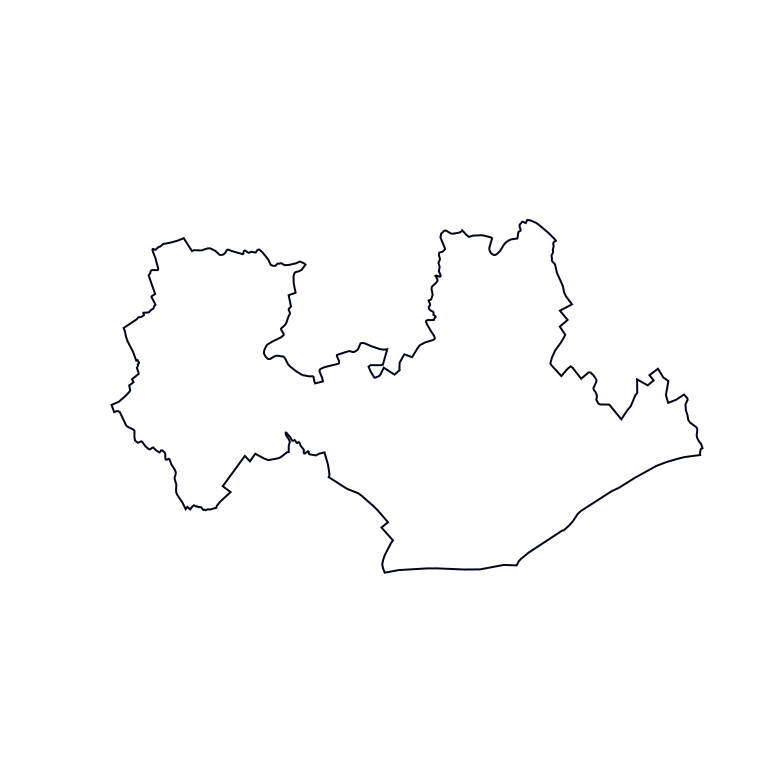 outline of Cho Gao, Tiền Giang, Vietnam, rotated 323°
{"feature_id": "81297802B70172971551103", "entity_name": "Cho Gao", "entity_type": "district", "adm_level": 2, "iso_a3": "VNM", "parent_name": "Vietnam", "parent_adm1": "Tiền Giang", "projection": "robinson", "projection_center": [106.446, 10.395], "detail": "fine", "context": "isolated", "style": "outline", "palette": "ink", "viewbox_px": 768, "rotation_deg": 323, "n_neighbors": 0, "source": "geoboundaries", "source_scale": "gbopen_adm2", "svg_char_len": 6166}
<svg xmlns="http://www.w3.org/2000/svg" viewBox="0 0 768 768"><g transform="rotate(323 384 384)"><path d="M439.3,609.0L447.1,608.4L452.6,607.2L460.2,604.4L464.8,603.9L501.3,606.6L509.3,608.3L527.1,609.8L552.1,613.3L562.4,616.3L572.9,620.2L579.8,623.1L593.8,631.0L595.1,629.0L597.7,626.7L599.8,626.9L601.1,622.8L601.1,618.6L601.6,615.8L602.7,613.3L606.3,609.6L607.4,607.6L607.2,605.6L605.2,599.1L605.4,595.7L607.6,591.5L609.3,586.7L612.0,582.4L613.1,581.3L616.8,579.5L617.7,578.1L617.3,573.0L607.8,572.4L599.6,570.1L602.1,563.4L603.2,561.8L612.9,552.8L611.0,546.8L612.0,536.7L601.3,536.7L601.5,543.4L593.8,543.8L588.9,532.6L580.9,543.5L578.2,544.1L567.8,550.2L562.3,551.5L552.3,555.0L551.5,536.0L544.3,530.4L543.4,528.3L544.1,524.3L546.2,522.5L547.5,520.4L548.1,517.4L548.0,515.0L548.8,513.3L554.9,510.0L556.2,508.4L556.5,503.3L555.9,499.3L555.4,498.5L554.0,497.9L544.6,498.4L544.4,484.6L543.6,482.2L539.3,482.4L530.4,484.4L529.0,470.0L529.1,467.8L534.3,463.8L540.9,460.2L550.1,457.4L554.9,455.5L558.4,453.7L558.9,444.0L569.2,443.3L568.6,431.3L582.1,433.5L582.1,423.3L583.0,419.1L585.7,413.7L589.1,399.1L592.6,391.3L592.2,387.2L592.6,386.0L593.7,384.9L594.9,382.4L598.2,380.6L599.7,378.3L602.3,376.2L603.7,373.6L605.2,372.8L607.4,373.1L607.5,371.1L606.3,362.4L603.4,349.7L602.2,346.3L599.4,341.5L597.2,339.2L594.1,340.8L592.2,337.6L588.3,338.4L586.8,340.2L586.1,342.8L585.4,343.7L582.8,343.5L578.1,348.1L572.8,345.1L570.0,344.4L566.6,344.3L563.9,344.8L556.8,347.6L552.1,348.2L550.1,347.7L549.2,346.8L548.1,343.9L548.9,340.2L550.1,338.6L558.0,332.7L558.0,331.8L553.0,325.4L551.3,323.8L544.3,319.0L540.4,317.7L539.5,314.3L539.0,308.3L537.9,308.8L536.1,308.6L533.7,307.7L528.9,305.1L527.5,303.1L526.1,299.1L524.9,298.1L523.9,297.9L520.0,298.4L517.3,300.9L514.4,312.0L513.8,313.1L510.6,313.6L507.2,312.4L506.3,313.1L505.2,314.6L503.9,318.0L500.4,320.0L498.9,324.0L495.7,326.9L494.7,331.2L494.1,331.9L493.2,332.0L491.0,328.8L490.1,328.6L489.8,332.3L489.0,333.7L486.5,334.5L480.8,335.1L479.0,336.9L476.6,342.0L472.6,344.8L469.8,344.2L468.9,348.0L468.1,348.8L466.3,349.3L465.1,351.1L465.4,353.3L466.7,355.8L466.4,357.2L465.1,358.4L465.8,360.9L465.6,361.6L464.1,361.8L462.3,362.9L457.2,359.1L455.9,358.9L455.1,359.3L454.2,362.7L453.3,370.1L453.0,375.4L452.4,377.6L451.5,378.5L449.7,378.4L441.7,375.5L436.2,374.6L432.5,375.5L422.6,379.5L418.1,372.5L409.3,376.4L405.5,381.1L405.0,382.3L398.0,382.8L393.6,370.8L387.2,374.2L384.9,374.7L380.8,373.7L380.2,373.1L380.2,372.2L380.9,365.6L382.1,360.9L384.7,360.9L392.5,366.9L394.7,367.9L407.5,358.2L404.3,356.3L401.6,353.5L396.3,345.7L393.3,340.2L391.7,338.4L389.7,337.4L384.8,340.3L383.0,340.8L379.6,340.5L378.2,339.7L376.8,337.5L375.5,336.5L364.0,332.5L363.5,332.8L362.9,334.4L361.9,338.8L360.6,340.3L359.8,340.4L346.5,334.7L342.4,333.8L341.3,334.0L340.1,335.1L338.2,342.0L336.8,345.2L329.4,342.1L330.2,339.3L332.1,335.7L331.7,334.9L328.9,332.9L324.7,328.3L323.7,326.6L321.5,321.0L319.5,313.3L319.3,310.1L320.4,304.0L320.3,301.7L315.6,297.0L313.9,296.1L308.3,295.5L306.8,294.6L306.3,293.9L305.9,290.7L306.5,287.3L308.1,285.5L309.8,284.3L314.0,282.3L320.4,282.9L330.1,284.8L333.4,284.5L334.0,283.7L334.5,279.2L335.0,277.8L340.3,277.3L342.8,276.4L347.4,273.2L351.2,271.2L351.8,270.4L352.4,267.7L353.1,266.7L356.3,266.2L361.3,255.7L368.3,257.9L372.4,249.4L376.5,243.7L377.9,242.4L379.3,241.6L380.7,241.4L383.1,242.5L386.7,243.3L393.2,241.4L392.5,238.9L390.4,235.5L386.2,234.6L379.3,231.5L376.4,229.4L375.6,228.3L374.7,225.6L372.8,224.9L371.5,223.8L368.1,224.2L366.0,222.2L365.4,221.0L365.4,219.8L366.4,215.3L366.4,211.7L366.1,205.1L365.3,201.6L364.5,201.0L363.3,200.9L360.6,201.8L357.4,198.4L355.2,198.0L354.4,196.8L353.5,194.1L352.9,193.5L351.8,193.6L350.2,195.2L349.3,195.3L342.6,186.4L340.3,182.7L338.8,182.5L336.4,183.6L334.8,183.9L333.7,183.9L331.5,183.0L330.5,181.9L329.4,176.1L326.8,171.0L324.8,169.6L318.5,167.4L312.5,162.6L310.6,162.4L311.8,147.0L305.1,145.2L298.3,142.5L291.9,139.3L288.2,139.6L286.2,138.9L282.4,139.3L281.4,138.4L281.1,137.4L280.6,137.0L279.9,137.4L279.2,139.0L277.2,145.9L273.3,155.5L272.4,156.8L271.7,156.8L267.3,153.4L265.8,153.3L263.9,154.8L261.3,155.8L255.4,174.4L251.5,174.1L250.7,174.5L249.2,183.2L247.8,183.4L245.1,185.0L242.8,184.7L239.1,185.2L234.7,182.3L234.2,182.9L233.9,184.4L233.4,184.6L230.2,184.3L228.1,182.9L225.3,183.5L209.8,182.6L208.7,186.3L206.7,190.3L204.9,195.6L203.0,207.0L200.2,216.2L201.5,216.5L201.2,219.4L200.9,219.9L199.1,220.2L198.6,221.3L196.4,222.3L194.8,227.2L193.9,228.3L185.6,228.5L185.0,231.8L179.6,231.8L177.5,236.3L175.6,237.1L170.0,238.0L161.5,238.6L153.8,236.7L151.6,244.1L154.2,244.8L155.4,245.9L156.1,247.5L153.1,262.1L153.7,264.3L156.5,269.6L156.6,271.1L152.8,276.1L151.2,279.2L151.3,280.1L151.9,282.5L152.8,283.1L155.6,283.7L156.1,284.5L156.0,290.6L157.0,294.7L158.0,295.4L160.9,295.5L161.5,296.0L162.1,300.1L163.4,303.5L164.6,303.5L165.9,302.8L167.2,303.9L167.5,306.6L167.2,308.3L164.9,311.4L164.3,312.9L164.9,313.8L167.0,314.1L167.4,315.2L165.8,320.3L165.4,326.1L164.6,329.1L163.0,331.0L160.7,332.5L159.8,333.6L157.6,339.4L153.9,343.8L152.7,345.8L152.1,348.7L151.7,357.2L150.3,364.6L153.0,363.8L153.7,367.5L157.3,366.5L159.3,366.5L160.1,368.5L161.0,369.0L161.5,370.3L163.8,372.4L163.9,375.8L165.0,376.4L165.8,377.6L167.9,378.0L169.4,379.5L175.5,381.9L177.2,380.7L182.3,379.4L196.4,378.0L193.7,368.6L229.6,357.7L230.4,365.1L239.2,362.2L243.5,371.6L245.8,375.2L255.3,379.9L257.8,380.3L265.7,380.2L266.9,381.1L270.5,376.3L274.0,373.5L274.6,371.7L275.0,365.9L275.8,364.2L276.2,363.7L276.7,364.0L277.1,370.1L276.6,373.8L277.2,374.6L278.9,375.0L278.8,378.4L279.4,378.9L280.7,379.0L281.2,379.8L280.3,383.2L280.4,388.5L278.6,390.3L278.3,391.2L278.9,391.9L282.7,391.9L283.1,392.3L283.1,393.0L282.2,394.2L282.0,395.1L286.7,400.1L290.2,400.6L295.3,402.8L290.6,415.0L286.2,423.1L284.5,424.9L283.8,425.1L291.3,445.3L297.6,455.7L298.8,459.4L302.1,475.2L302.9,480.8L304.0,496.8L295.6,497.1L297.0,514.2L293.8,515.3L281.7,521.1L277.4,524.0L274.0,527.0L272.4,530.5L271.0,535.1L283.8,541.5L307.0,556.9L315.2,563.0L336.5,580.5L349.2,589.9L370.8,600.6L380.8,608.7L384.9,606.7L387.9,606.1L398.0,605.7L438.3,608.3L439.3,609.0Z" fill="none" stroke="#020617" stroke-width="2"/></g></svg>